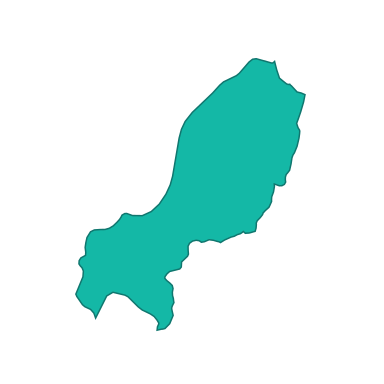 SVG path tracing the border of Western, rotated 18°
{"feature_id": "RWA-3492", "entity_name": "Western", "entity_type": "Province", "adm_level": 1, "iso_a3": "RWA", "parent_name": "Rwanda", "parent_adm1": "", "projection": "natural_earth1", "projection_center": [29.348, -2.109], "detail": "fine", "context": "isolated", "style": "filled", "palette": "teal", "viewbox_px": 384, "rotation_deg": 18, "n_neighbors": 0, "source": "natural_earth", "source_scale": "10m", "svg_char_len": 2335}
<svg xmlns="http://www.w3.org/2000/svg" viewBox="0 0 384 384"><g transform="rotate(18 192 192)"><path d="M201.5,334.2L200.8,330.9L201.1,328.0L200.9,326.9L198.3,324.6L194.5,322.1L190.0,320.8L181.1,319.6L176.4,317.9L163.5,311.4L160.1,310.8L147.8,311.8L143.0,317.2L139.3,341.7L136.1,337.5L131.8,335.0L125.5,334.2L122.6,333.0L114.8,327.0L113.1,325.0L114.5,306.4L113.1,300.7L110.9,298.1L108.6,296.8L106.7,295.3L105.9,292.2L106.7,289.0L110.3,285.2L109.6,282.2L107.5,277.7L106.7,272.9L106.2,267.7L107.8,261.2L110.8,258.3L116.5,256.0L120.9,254.5L124.6,252.0L127.6,248.5L130.0,244.0L131.6,240.4L132.3,237.8L132.6,235.6L134.7,233.3L136.5,232.6L142.6,232.8L152.0,229.9L159.3,223.2L164.6,213.7L167.9,202.1L169.1,191.9L168.7,183.1L163.1,144.7L162.6,135.7L163.7,127.0L167.7,116.2L175.6,101.6L181.0,91.6L185.4,81.8L188.0,77.5L198.2,67.7L200.3,64.5L206.1,50.7L208.6,47.0L211.9,45.4L228.1,44.7L228.6,44.5L229.1,44.1L229.5,43.6L230.2,42.3L231.1,43.8L234.9,49.8L240.0,56.7L244.6,58.5L248.6,60.0L250.3,60.0L251.7,59.3L252.5,59.9L253.7,60.3L257.1,62.2L261.0,64.4L265.3,64.1L269.4,64.5L270.3,71.9L270.6,81.9L270.5,89.0L270.3,94.4L272.9,98.0L275.2,100.0L275.7,100.9L276.3,103.4L277.1,107.8L277.8,116.0L277.3,122.9L276.6,125.7L276.5,128.6L277.5,134.7L278.1,141.2L277.0,144.3L276.2,146.2L276.2,148.9L277.0,151.6L278.0,153.6L277.5,156.2L275.6,158.2L273.1,159.1L269.9,159.0L267.8,159.0L268.7,161.4L269.5,166.8L269.3,172.0L270.0,174.7L270.6,176.4L270.4,178.4L270.2,180.5L269.9,182.8L268.4,185.4L267.4,187.1L266.9,188.3L266.1,189.9L266.1,191.7L264.9,195.1L262.9,199.2L262.7,201.7L263.3,203.2L264.1,206.6L264.2,209.9L262.5,211.0L260.2,212.6L258.7,213.5L257.0,214.1L255.5,214.8L254.1,214.2L253.0,213.7L252.1,215.2L250.9,216.7L248.2,218.6L245.9,221.0L243.1,222.8L237.8,227.6L234.7,231.3L233.4,231.0L230.9,231.2L227.3,231.3L223.0,232.1L219.1,235.5L216.4,236.9L214.0,236.1L210.9,236.6L207.7,238.5L205.5,241.5L205.0,244.8L206.4,248.8L207.8,252.2L207.6,254.5L205.5,258.4L203.7,261.7L204.3,264.0L205.0,266.7L204.1,269.0L199.8,271.7L195.3,274.5L193.5,277.6L192.5,280.8L192.7,282.4L195.3,284.0L199.2,285.5L202.1,287.0L203.8,289.7L204.3,293.4L205.5,296.5L207.1,298.9L208.2,301.3L209.0,302.8L208.6,305.2L208.4,307.5L208.7,309.2L209.7,311.0L212.2,315.2L211.5,324.1L208.5,330.2L206.6,331.4L205.5,331.8L201.5,334.2Z" fill="#14b8a6" stroke="#0f766e" stroke-width="1.5"/></g></svg>